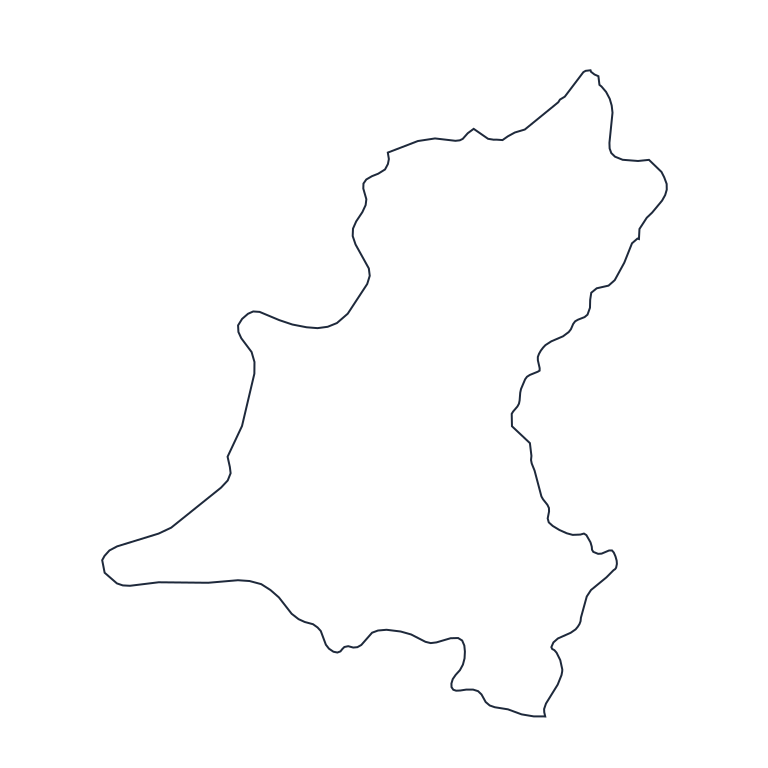 an SVG outline of Son La, rotated 273°
{"feature_id": "VNM-455", "entity_name": "Son La", "entity_type": "Province", "adm_level": 1, "iso_a3": "VNM", "parent_name": "Vietnam", "parent_adm1": "", "projection": "albers", "projection_center": [104.029, 21.308], "detail": "fine", "context": "isolated", "style": "outline", "palette": "slate", "viewbox_px": 768, "rotation_deg": 273, "n_neighbors": 0, "source": "natural_earth", "source_scale": "10m", "svg_char_len": 3191}
<svg xmlns="http://www.w3.org/2000/svg" viewBox="0 0 768 768"><g transform="rotate(273 384 384)"><path d="M405.5,538.7L404.3,536.9L400.7,529.2L398.7,526.4L396.1,524.7L386.2,521.1L382.5,520.5L374.7,520.3L371.4,519.8L368.5,518.4L363.3,514.4L360.9,513.1L348.5,514.0L332.6,532.8L319.9,535.0L315.8,534.8L312.3,535.7L305.4,538.9L279.9,547.1L277.1,548.9L271.9,553.5L268.8,555.2L265.3,555.5L258.3,554.5L254.4,555.8L251.1,559.9L247.4,566.8L244.5,574.3L243.2,580.3L243.9,587.9L245.1,591.5L243.7,594.0L236.7,598.5L232.4,600.0L229.4,600.4L227.3,601.8L225.6,606.7L226.0,610.2L229.5,617.4L229.7,620.4L227.7,622.3L223.9,624.2L219.7,625.6L216.5,626.0L212.7,625.4L211.2,624.5L210.1,623.0L202.5,616.2L189.1,601.5L182.4,597.6L161.0,592.9L157.4,592.7L154.5,591.8L151.7,590.2L149.0,588.2L145.3,583.4L139.0,571.0L134.8,566.7L130.0,564.9L128.2,565.8L127.1,568.1L124.7,570.4L117.6,574.4L117.0,574.6L108.2,577.0L106.3,577.0L102.6,576.5L92.9,573.2L73.4,562.5L67.8,560.9L64.6,561.2L60.4,562.4L60.4,561.2L59.9,550.9L61.3,538.7L65.6,524.8L67.0,511.6L68.5,506.4L71.7,502.2L79.1,497.6L82.2,494.0L83.5,488.9L83.1,482.0L81.9,476.2L81.5,472.1L82.3,469.2L84.8,467.3L88.4,467.0L92.9,468.1L97.3,470.8L102.2,474.8L107.9,477.5L114.2,478.8L121.0,478.8L127.0,477.9L131.9,475.5L134.2,471.3L133.6,463.8L128.7,449.9L127.7,444.2L128.7,438.9L135.3,424.2L137.7,413.6L138.7,399.4L137.5,390.9L135.0,385.1L122.2,375.0L119.8,371.2L119.2,367.1L120.3,362.0L119.3,358.2L117.2,356.3L114.7,354.5L113.4,351.5L114.0,347.5L116.8,342.9L120.6,339.6L134.0,333.8L137.4,330.4L140.4,325.7L142.2,317.3L144.7,311.0L149.7,303.8L165.4,290.2L172.3,281.4L177.7,271.9L180.2,260.1L180.4,248.4L176.3,218.8L174.2,169.3L169.2,140.9L169.2,133.7L170.9,127.7L180.9,114.9L193.3,111.8L197.7,113.9L203.4,118.5L207.9,126.0L222.8,166.7L229.4,179.0L272.0,226.7L279.5,233.0L286.9,235.5L293.1,234.4L303.2,231.6L334.6,244.4L387.5,254.0L399.2,253.5L409.0,250.1L422.2,239.1L428.3,235.9L434.9,235.2L441.6,238.9L447.0,244.5L449.6,249.6L449.5,256.0L442.3,276.1L438.6,289.4L436.6,303.7L436.3,314.7L438.2,324.8L442.4,333.8L452.3,344.1L483.0,362.0L491.3,364.1L498.6,362.8L521.8,348.3L530.1,345.0L537.5,344.9L544.9,347.7L554.5,353.4L561.7,356.3L567.6,356.7L578.1,353.1L583.1,353.0L587.3,355.6L590.9,361.1L593.7,367.2L598.3,373.8L603.9,376.4L608.9,377.1L615.3,375.7L628.4,405.1L631.9,422.1L630.6,442.6L631.3,446.9L632.9,449.8L638.8,454.5L643.5,460.2L634.3,475.1L633.7,480.8L633.9,483.5L633.8,489.6L637.8,494.7L642.0,501.5L645.5,511.3L674.5,543.3L677.2,544.8L680.4,549.5L705.9,566.8L707.3,569.0L708.1,573.8L706.6,574.4L704.1,578.0L702.6,582.0L694.0,583.5L692.5,585.6L687.3,590.5L680.6,594.5L674.0,596.8L666.9,598.0L636.6,596.5L631.0,597.0L626.5,598.9L623.1,602.8L620.4,610.6L620.0,626.0L621.7,636.9L610.3,650.0L605.1,653.0L598.6,655.8L592.9,656.2L587.4,654.9L581.7,652.1L569.2,642.8L563.8,637.7L552.2,631.0L542.1,631.0L542.5,629.5L537.5,624.3L517.7,617.6L499.8,609.0L494.0,603.1L490.7,591.4L486.0,586.2L478.9,585.5L470.9,585.7L463.9,583.6L461.3,580.8L458.4,574.4L456.6,571.6L453.9,569.8L448.5,567.8L445.6,565.8L441.0,560.3L435.4,548.9L431.3,543.2L428.7,541.0L425.6,538.9L422.2,537.2L419.0,536.2L415.8,536.4L408.0,538.6L405.5,538.7Z" fill="none" stroke="#1e293b" stroke-width="2"/></g></svg>